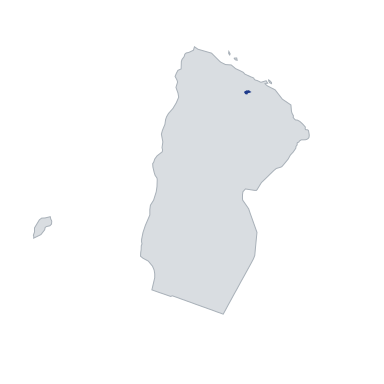 Al Hujjaylah, Al Hudaydah, Yemen shown in context, rotated 129°
{"feature_id": "15242507B15912619562849", "entity_name": "Al Hujjaylah", "entity_type": "district", "adm_level": 2, "iso_a3": "YEM", "parent_name": "Yemen", "parent_adm1": "Al Hudaydah", "projection": "equal_earth", "projection_center": [43.594, 14.987], "detail": "fine", "context": "in_parent", "style": "filled", "palette": "blue", "viewbox_px": 384, "rotation_deg": 129, "n_neighbors": 0, "source": "geoboundaries", "source_scale": "gbopen_adm2", "svg_char_len": 3420}
<svg xmlns="http://www.w3.org/2000/svg" viewBox="0 0 384 384"><g transform="rotate(129 192 192)"><path d="M293.3,161.6L282.1,167.0L279.1,169.4L276.5,172.3L274.5,176.0L273.2,182.5L274.3,188.4L274.3,191.6L271.4,193.7L268.7,195.3L265.7,197.6L263.8,198.2L262.3,200.0L260.6,201.3L254.3,204.6L247.4,207.2L236.4,210.3L232.2,213.7L228.4,216.0L222.5,216.7L214.4,219.9L210.0,222.5L204.4,226.7L203.2,228.0L202.3,231.1L200.6,233.7L197.2,238.1L194.7,240.4L193.0,240.5L189.8,241.7L185.9,241.9L179.4,240.4L177.7,241.5L176.4,243.2L171.4,246.2L166.3,252.2L162.6,253.8L156.5,255.6L152.3,258.1L149.5,259.1L145.8,259.7L139.1,259.4L132.7,260.3L126.7,262.0L123.9,265.2L120.8,270.3L115.6,272.4L114.4,274.2L112.8,277.9L109.4,278.9L106.3,279.5L103.2,277.9L97.3,282.4L95.1,283.2L91.7,283.3L89.4,284.3L87.6,284.0L85.5,282.3L80.9,280.1L77.6,281.5L77.3,277.2L71.8,264.2L73.0,252.8L73.0,251.2L71.9,246.2L68.6,241.5L68.7,235.7L67.6,231.5L66.7,227.2L67.0,226.0L67.1,225.0L65.4,218.4L64.9,217.0L64.6,215.7L65.2,214.6L65.2,213.4L64.3,211.3L63.4,207.5L58.9,204.4L59.8,201.6L60.7,202.6L61.9,203.4L62.1,201.6L62.1,200.2L60.3,191.7L63.0,180.2L62.1,169.9L66.4,165.8L67.4,164.5L68.0,163.5L69.0,161.1L70.4,160.3L70.9,157.9L70.8,156.7L69.9,155.6L69.3,152.7L69.5,149.1L69.7,147.6L70.2,144.8L71.7,143.8L72.0,142.9L70.9,141.2L71.0,140.1L73.5,137.2L74.5,136.3L76.1,135.4L77.3,135.4L78.8,135.9L80.1,136.8L81.3,138.2L82.7,139.9L84.7,140.6L86.1,140.4L87.3,141.2L88.2,140.8L89.3,139.9L91.1,139.9L92.6,138.9L97.1,138.5L101.4,138.8L105.9,138.0L110.4,138.0L114.9,138.1L115.9,138.2L116.9,138.7L120.7,141.3L123.6,141.9L129.4,142.6L135.6,143.3L141.0,144.0L145.5,143.4L149.3,142.9L150.3,143.0L151.5,144.6L153.8,148.6L156.0,152.4L159.7,152.6L162.1,151.2L164.8,149.1L166.4,147.6L168.2,141.4L169.4,137.4L172.2,133.0L174.5,129.2L177.5,124.3L179.2,121.5L182.5,116.1L185.7,114.0L191.9,109.9L197.9,105.9L201.8,103.3L205.2,102.2L210.8,101.1L217.5,99.9L224.1,98.7L231.1,97.5L239.0,96.0L244.4,95.1L251.3,93.8L257.0,92.8L262.1,91.8L267.3,90.9L268.3,93.9L269.4,96.9L270.4,99.9L271.4,102.9L272.5,105.9L273.5,108.9L274.6,111.9L275.6,114.9L276.7,117.9L277.7,120.9L278.7,123.9L279.8,126.9L280.8,129.9L281.9,132.9L282.9,136.0L284.0,139.0L285.0,141.9L286.6,142.9L287.6,145.7L289.0,149.6L290.5,153.6L291.9,157.6L293.3,161.6ZM310.5,283.4L312.0,283.8L314.1,282.7L320.2,282.6L327.5,286.0L326.2,286.9L325.4,288.1L322.2,289.2L319.0,291.8L309.7,293.1L306.9,292.4L304.7,289.9L300.4,286.6L302.1,284.5L302.4,283.5L303.0,282.6L305.3,281.0L307.7,281.2L310.5,283.4ZM61.8,242.7L61.5,243.4L61.1,243.2L59.7,241.6L61.2,239.8L62.0,241.5L61.8,242.7ZM57.4,202.3L56.7,203.0L56.5,201.8L56.9,199.1L57.7,198.4L58.2,200.3L57.8,201.4L57.4,202.3ZM61.1,250.9L59.6,251.8L60.6,249.4L61.6,248.9L61.9,249.0L61.1,250.9Z" fill="#d9dde1" stroke="#a8b0b8" stroke-width="1"/><path d="M81.1,211.3L81.0,211.2L80.9,211.2L80.8,211.3L80.7,211.4L80.7,211.5L80.4,211.7L80.2,211.8L79.9,211.7L79.7,211.5L79.6,211.4L79.4,211.3L79.4,211.2L79.0,210.9L78.9,210.9L78.7,210.8L78.5,210.7L78.4,210.7L78.2,210.4L78.2,210.2L77.8,210.0L77.9,210.6L77.9,210.8L77.9,211.0L77.9,211.3L77.8,211.5L78.7,212.0L78.8,212.3L78.8,212.5L79.0,212.6L79.1,212.8L79.2,213.0L79.3,213.0L79.5,213.1L79.8,213.1L80.1,213.3L80.3,213.5L80.5,213.5L80.8,213.6L81.1,213.7L81.3,213.4L81.3,213.2L81.3,212.9L81.4,212.7L81.5,212.5L81.6,212.4L81.6,212.2L81.4,212.0L81.4,211.9L81.2,211.8L81.2,211.7L81.1,211.4L81.1,211.3Z" fill="#3b82f6" stroke="#1e3a8a" stroke-width="1.5"/></g></svg>